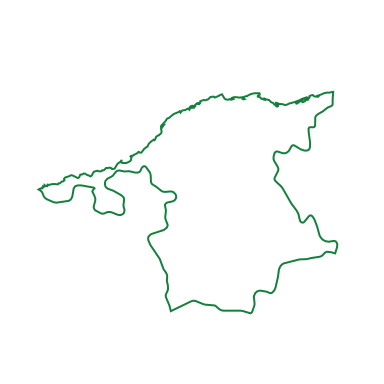 SVG path tracing the border of Makkah, rotated 99°
{"feature_id": "SAU-888", "entity_name": "Makkah", "entity_type": "Region", "adm_level": 1, "iso_a3": "SAU", "parent_name": "Saudi Arabia", "parent_adm1": "", "projection": "albers", "projection_center": [40.65, 21.044], "detail": "fine", "context": "isolated", "style": "outline", "palette": "green", "viewbox_px": 384, "rotation_deg": 99, "n_neighbors": 0, "source": "natural_earth", "source_scale": "10m", "svg_char_len": 5943}
<svg xmlns="http://www.w3.org/2000/svg" viewBox="0 0 384 384"><g transform="rotate(99 192 192)"><path d="M213.5,343.9L212.5,342.6L212.2,341.6L211.5,341.2L211.7,340.4L209.7,340.0L210.3,339.3L209.6,338.4L208.3,338.6L208.9,337.6L208.9,337.2L208.7,336.8L209.0,336.1L208.7,335.7L207.3,335.7L207.3,334.0L206.2,331.8L205.6,328.9L205.5,326.1L205.3,325.6L204.4,325.2L204.2,324.0L202.2,322.4L201.5,320.7L200.1,319.8L199.1,320.5L197.5,319.5L195.8,316.1L194.3,314.0L194.4,312.3L196.1,307.0L195.7,306.2L194.3,305.5L192.3,305.0L191.8,303.1L190.6,301.7L190.6,300.6L191.6,298.2L191.9,296.1L192.5,294.9L192.1,294.1L191.2,293.5L188.1,292.5L187.2,291.9L185.8,288.9L186.2,287.1L185.6,284.6L184.7,284.2L184.3,282.6L183.8,282.0L181.7,280.6L181.7,279.2L181.2,278.4L180.8,276.6L180.8,276.0L181.8,274.7L181.5,274.3L181.6,273.7L181.1,272.1L175.8,270.0L173.3,267.4L172.1,266.8L172.1,266.5L172.6,266.5L173.8,267.2L174.1,265.0L173.9,262.4L173.6,261.3L171.3,258.0L170.4,257.4L166.9,257.1L166.4,257.6L167.0,258.9L166.3,258.3L165.6,257.3L165.2,255.8L164.5,255.3L162.5,252.4L160.7,251.1L161.3,249.4L161.1,248.4L160.5,247.9L156.7,245.9L156.3,245.2L155.4,244.8L154.2,243.1L151.3,242.3L150.3,241.7L148.1,239.9L146.3,237.9L146.7,237.2L145.8,236.6L143.0,236.0L141.1,233.9L141.2,233.6L139.1,231.9L138.3,231.5L137.2,231.5L135.0,232.1L134.6,232.5L130.3,230.3L130.7,231.4L132.5,232.8L132.1,232.9L131.3,232.7L125.9,229.1L123.4,228.1L122.6,226.5L117.9,222.3L115.0,217.6L114.1,216.8L114.1,216.4L114.9,216.3L115.4,215.7L114.0,215.2L112.9,214.1L112.1,211.4L110.5,209.5L110.4,208.7L111.2,207.5L108.8,206.8L109.1,207.5L109.8,207.8L108.8,207.5L107.8,206.9L107.1,206.1L107.5,205.3L106.8,204.8L107.2,203.9L107.7,204.6L108.8,205.0L108.4,203.2L107.5,203.2L106.9,202.2L106.6,202.2L106.5,203.2L104.1,201.4L103.1,200.1L103.2,198.9L104.1,199.6L104.1,198.6L103.8,198.4L102.6,197.8L101.1,198.1L99.4,195.1L99.3,192.9L99.1,192.5L98.5,192.0L98.3,190.9L95.2,188.5L94.4,185.4L95.1,184.2L92.9,180.6L92.3,180.2L90.8,177.7L94.7,174.4L95.2,173.1L95.3,171.5L94.9,170.0L94.2,169.2L94.2,168.9L94.7,168.4L94.7,167.7L93.9,166.0L93.3,167.1L92.8,167.3L91.9,165.6L92.3,165.3L91.5,164.1L91.3,159.6L90.8,158.2L90.9,157.4L92.1,156.8L92.4,155.3L92.0,154.6L91.4,156.1L90.3,156.4L90.0,155.3L89.1,154.2L88.7,152.5L88.1,152.1L86.1,149.2L84.8,146.1L84.0,141.7L84.0,140.7L85.3,140.3L86.6,142.0L87.5,142.0L87.9,139.3L88.9,138.4L89.5,135.3L89.6,134.3L89.3,134.3L88.6,136.0L88.3,135.3L88.9,133.4L89.0,131.3L89.3,129.9L90.9,128.0L91.4,125.8L92.7,124.4L93.3,122.9L94.3,121.9L94.3,121.2L93.6,120.3L93.0,120.4L92.0,122.9L90.8,123.1L90.8,121.6L91.4,119.5L91.1,116.6L91.5,113.7L91.1,112.3L89.4,109.8L87.0,104.5L87.1,103.8L88.4,102.7L88.3,102.3L85.1,98.9L84.7,99.1L86.0,100.8L86.6,102.9L86.3,103.3L84.3,99.7L83.0,98.2L80.6,93.7L80.6,93.0L82.0,93.8L83.5,97.3L84.9,97.9L85.4,97.8L86.0,96.8L84.7,94.7L83.5,93.8L82.7,91.9L79.9,90.7L78.9,90.9L78.2,90.1L77.3,87.9L77.8,87.4L78.5,85.9L78.2,82.3L77.7,82.0L77.2,82.8L75.0,78.8L74.1,77.7L72.7,74.2L72.4,71.9L71.2,69.1L71.0,68.2L78.4,67.6L83.3,66.8L84.5,67.1L85.4,68.0L87.4,71.3L91.9,75.4L95.5,79.9L96.6,80.8L97.8,81.6L99.3,81.9L106.3,80.9L107.7,80.9L108.6,81.4L109.1,82.3L109.5,85.4L110.0,86.3L111.1,86.8L114.7,86.1L125.0,83.0L129.4,82.5L131.5,82.9L132.3,83.6L132.9,84.5L133.4,86.4L133.4,88.0L132.8,91.4L130.2,97.7L129.9,98.7L130.1,99.7L130.7,100.6L136.3,102.8L138.0,104.3L138.8,105.3L139.2,106.3L139.5,108.5L138.6,113.9L138.8,114.9L139.4,115.8L140.5,116.5L143.6,116.9L145.8,116.8L147.0,116.5L148.3,115.8L153.2,111.7L155.1,110.5L156.6,110.2L157.8,110.3L165.1,112.6L166.3,112.6L167.4,112.0L168.6,110.7L172.1,105.4L174.0,103.2L187.6,92.3L194.2,85.6L197.0,83.5L203.6,80.8L204.5,79.8L205.0,78.4L204.7,77.2L203.9,76.4L197.7,72.8L196.8,71.9L196.5,70.8L197.0,69.6L198.5,68.0L200.6,66.4L206.8,62.9L215.2,59.1L217.5,57.0L218.8,55.1L219.7,52.4L219.7,49.0L218.2,44.6L218.1,43.5L218.3,42.4L219.0,41.5L221.0,40.3L224.0,40.1L230.2,41.0L229.7,45.9L229.9,49.2L230.3,50.2L231.4,51.4L234.1,53.2L235.1,54.2L236.0,55.8L238.6,64.0L240.3,68.0L241.8,75.4L248.1,90.1L249.3,91.6L250.2,92.3L252.3,93.4L255.1,94.0L262.5,93.8L272.9,94.5L276.3,95.3L278.8,97.0L279.5,98.1L279.7,99.2L278.8,102.4L278.7,108.9L279.0,110.3L280.1,112.2L281.2,113.1L282.2,113.8L285.4,114.6L292.2,112.8L294.3,112.6L301.1,113.9L302.0,114.4L302.7,115.2L301.6,123.1L301.6,125.2L304.3,142.5L304.3,143.6L304.2,144.7L303.4,146.8L300.9,150.8L300.5,151.8L301.2,161.5L300.9,163.7L299.1,171.4L299.1,173.5L300.0,175.6L313.0,194.3L307.9,196.4L300.3,201.1L298.6,201.7L297.2,201.8L294.1,200.8L291.4,200.5L287.8,201.3L283.9,202.9L280.1,203.2L278.4,203.5L277.1,204.1L275.8,205.0L272.7,208.0L263.1,213.4L250.9,224.8L246.7,227.5L245.1,228.0L243.7,228.1L242.6,227.8L240.6,226.4L239.8,225.4L233.8,213.7L231.1,211.3L228.9,210.8L227.9,211.1L223.4,213.7L221.3,214.5L214.5,214.8L209.4,216.6L208.4,216.6L207.0,215.7L206.3,214.8L204.2,209.5L203.5,208.5L202.4,207.6L200.9,206.9L198.6,206.9L196.6,208.1L195.1,210.3L194.8,211.2L194.8,213.3L196.1,218.5L196.2,220.6L195.9,222.0L192.4,228.2L190.5,232.6L189.3,233.7L188.2,234.2L182.3,235.3L179.6,236.4L174.8,241.1L174.1,242.1L174.0,243.1L174.3,244.0L175.1,244.8L176.0,245.4L179.7,246.4L180.9,247.8L181.4,248.8L181.7,251.0L181.3,257.5L182.3,261.9L182.1,267.2L182.8,269.3L184.2,270.5L187.9,272.5L189.1,273.6L192.2,277.7L194.4,279.1L195.7,279.4L198.0,279.2L200.0,278.4L200.9,277.6L201.9,275.7L203.0,270.1L206.1,261.7L207.4,259.5L208.5,258.4L210.3,257.8L214.9,257.7L216.6,257.5L220.1,255.9L222.2,255.8L223.1,255.9L224.4,256.7L225.8,258.6L226.1,259.7L226.1,261.8L224.6,268.6L224.6,269.8L225.0,272.2L227.1,275.7L227.4,277.0L227.4,278.3L225.3,284.6L224.6,285.5L222.8,286.6L221.4,286.8L215.9,286.2L213.8,286.4L210.5,288.1L207.2,290.5L206.2,290.4L203.6,288.9L203.2,289.4L203.0,290.4L202.8,302.5L203.3,305.7L204.3,307.8L205.1,308.6L207.1,309.4L214.6,309.5L216.7,309.9L218.7,310.8L220.1,312.6L223.8,324.4L223.7,327.2L222.0,333.8L221.1,335.9L219.6,337.6L215.7,340.0L214.4,341.7L213.5,343.9Z" fill="none" stroke="#15803d" stroke-width="2"/></g></svg>